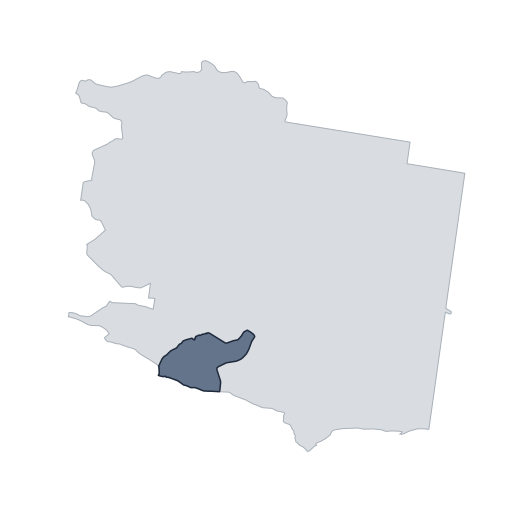 Gedarif highlighted on a map of Sudan, rotated 98°
{"feature_id": "SDN-876", "entity_name": "Gedarif", "entity_type": "State", "adm_level": 1, "iso_a3": "SDN", "parent_name": "Sudan", "parent_adm1": "", "projection": "equal_earth", "projection_center": [34.825, 14.186], "detail": "fine", "context": "in_parent", "style": "filled", "palette": "slate", "viewbox_px": 512, "rotation_deg": 98, "n_neighbors": 0, "source": "natural_earth", "source_scale": "10m", "svg_char_len": 5717}
<svg xmlns="http://www.w3.org/2000/svg" viewBox="0 0 512 512"><g transform="rotate(98 256 256)"><path d="M342.4,433.3L338.2,433.3L337.7,431.9L337.8,428.3L338.3,425.6L339.8,421.2L339.4,418.8L339.7,415.4L338.6,411.6L328.6,400.5L326.6,397.4L321.2,394.6L322.2,391.5L320.0,368.8L321.1,366.1L321.4,362.2L321.4,358.7L322.7,352.9L322.9,350.4L312.2,350.2L312.1,352.8L312.6,355.5L312.5,356.6L297.7,356.7L303.6,365.6L303.9,369.5L303.5,374.4L303.6,377.5L303.9,379.6L305.5,383.6L305.4,384.3L305.0,385.2L294.5,397.1L292.7,402.6L291.3,405.5L288.2,410.4L278.5,423.1L277.0,424.0L269.6,424.4L268.9,424.7L268.3,425.3L268.0,425.2L261.8,417.7L251.3,408.7L244.3,413.4L242.3,415.1L242.3,419.4L241.2,421.6L239.3,424.0L234.2,425.6L231.5,426.9L228.2,429.3L225.1,433.4L224.8,435.5L225.2,437.4L207.4,437.3L206.2,435.8L203.7,429.1L201.8,429.5L185.6,428.7L183.3,429.4L178.6,432.2L176.3,432.6L173.9,431.4L165.4,418.1L163.6,416.5L161.7,413.4L159.9,412.0L159.3,411.0L159.1,409.6L159.2,406.6L158.6,404.8L157.3,404.4L145.8,407.5L144.1,407.1L141.7,407.7L140.9,408.2L139.9,410.0L139.7,413.6L139.4,415.4L138.5,417.4L135.2,421.9L134.4,423.9L134.5,428.8L134.3,431.3L133.8,432.5L132.3,434.4L131.8,435.5L131.2,441.8L129.3,445.7L128.9,447.0L128.8,449.8L128.5,450.6L123.3,452.8L121.3,454.2L120.1,456.4L119.8,457.3L117.6,456.5L114.7,456.0L109.3,455.3L107.2,454.3L106.2,452.8L106.5,448.9L106.0,448.1L105.1,447.4L104.6,445.7L104.7,443.8L107.6,439.3L108.2,436.9L109.1,425.8L108.9,422.4L106.8,416.2L101.7,405.4L100.5,403.3L94.1,394.4L93.3,393.1L91.8,389.4L93.6,381.2L93.8,378.9L93.4,376.6L91.8,374.9L90.3,374.7L88.4,372.5L87.2,371.5L86.1,369.6L85.4,366.9L86.1,357.2L85.7,355.9L84.0,355.6L83.7,354.9L83.8,353.1L83.0,347.6L82.0,343.0L82.6,340.5L81.3,337.1L78.7,335.7L73.5,336.8L71.8,336.6L70.7,336.0L70.0,334.7L69.6,333.2L70.0,331.0L71.6,326.9L73.5,323.6L77.3,320.5L78.3,318.9L78.9,317.1L79.0,315.0L78.8,312.8L78.4,310.9L77.4,308.2L76.4,305.1L76.4,303.0L77.0,301.5L78.0,299.7L81.7,296.2L85.6,293.2L86.2,292.2L86.0,291.0L84.3,288.5L83.9,283.9L83.0,280.6L84.9,278.1L86.4,277.2L88.6,276.5L89.5,275.5L89.8,273.5L89.8,271.6L90.6,270.2L91.7,267.2L92.6,265.9L95.6,262.4L96.2,260.1L96.5,257.9L95.8,251.3L97.5,248.5L99.7,246.3L102.8,246.4L107.5,245.9L110.8,245.0L113.1,245.0L118.3,246.2L118.9,245.7L119.2,244.0L121.8,119.3L143.4,119.3L143.6,119.1L145.0,60.7L280.5,60.8L281.6,60.5L283.8,55.1L284.7,54.7L286.1,55.0L286.5,56.3L285.4,60.7L403.6,60.7L403.9,67.3L404.9,72.7L408.3,80.3L411.1,84.4L412.2,86.6L412.3,87.7L412.2,88.7L411.3,87.6L409.8,86.8L409.6,90.4L410.4,97.7L411.6,102.8L410.7,107.6L410.9,115.6L412.5,125.3L412.2,131.4L414.8,145.9L417.2,153.9L418.5,155.9L420.0,156.9L422.9,157.6L427.1,161.7L430.5,166.0L431.7,168.3L433.4,170.7L434.5,170.3L435.1,169.6L436.2,171.6L441.6,176.0L442.4,178.0L440.5,179.9L438.3,183.3L437.3,186.5L436.7,187.5L434.9,189.4L434.6,190.4L433.9,191.0L433.0,191.0L431.2,192.1L429.6,191.8L428.0,192.4L427.4,193.1L426.0,193.8L424.3,194.1L421.5,196.8L419.1,198.1L418.3,199.2L417.1,204.5L416.1,205.9L412.6,206.0L410.8,206.5L408.4,205.9L407.3,206.0L407.0,207.1L406.6,211.7L406.6,213.6L404.7,218.9L405.3,228.6L403.3,235.9L403.1,237.6L401.1,243.4L400.1,245.6L397.7,256.4L396.7,259.7L394.6,263.3L396.8,289.4L395.1,297.4L395.1,301.8L393.9,308.2L392.9,311.2L391.3,314.8L390.0,318.8L388.8,324.2L388.1,334.2L387.7,335.2L381.3,336.4L379.3,337.1L377.9,338.2L376.3,340.8L373.0,347.9L371.3,352.3L368.6,358.2L365.5,362.4L364.8,364.5L364.3,368.3L363.2,374.4L362.1,378.7L362.3,382.1L361.3,388.1L361.5,391.0L360.4,392.7L358.9,394.2L357.9,394.6L353.4,390.6L350.3,393.4L348.3,397.2L346.8,401.2L347.7,409.5L347.6,411.3L347.2,413.3L344.2,421.5L343.3,425.2L342.4,431.7L342.4,433.3Z" fill="#d9dde1" stroke="#a8b0b8" stroke-width="1"/><path d="M395.0,303.7L394.1,306.7L394.0,307.3L393.9,309.0L393.7,309.9L390.4,316.1L388.3,326.0L388.3,326.6L388.5,327.0L388.6,327.3L388.6,327.5L388.4,328.0L388.1,328.4L387.8,328.9L387.8,329.6L388.3,330.8L388.4,331.2L388.4,332.0L388.0,335.3L387.8,335.9L387.5,336.1L386.9,335.9L386.7,335.7L386.4,335.5L386.1,335.4L385.9,335.4L379.2,336.7L378.6,337.0L371.2,334.8L369.0,333.6L368.2,332.9L367.5,332.1L366.9,331.3L366.6,330.9L361.8,327.3L361.6,327.0L360.9,325.9L359.8,324.5L359.0,323.1L358.6,322.6L357.7,321.7L357.2,321.3L356.8,321.1L356.5,321.0L354.4,319.8L354.1,319.6L354.0,319.4L353.8,319.2L353.2,318.1L352.9,317.8L352.7,317.6L351.6,317.1L350.7,316.6L350.2,316.2L348.5,313.2L347.2,310.0L346.6,308.8L346.5,308.5L346.4,308.2L346.4,307.9L346.5,307.6L346.6,307.3L346.9,306.9L347.1,306.8L347.3,306.6L347.5,306.4L347.6,306.1L347.6,305.8L347.6,305.5L347.6,305.3L347.5,305.1L347.4,305.0L347.1,305.0L346.9,305.1L346.7,305.1L346.4,305.0L346.3,304.7L346.1,304.6L345.6,304.9L345.3,304.9L345.1,304.8L344.7,304.4L344.4,304.2L344.2,304.4L343.9,304.2L343.1,302.5L342.9,302.4L342.7,302.3L342.6,302.1L342.5,301.8L342.4,301.5L342.2,301.0L342.2,300.8L342.2,300.7L342.4,300.6L342.5,300.5L342.5,300.3L342.4,300.1L342.2,299.8L341.3,298.7L341.0,298.4L340.9,298.1L340.9,297.9L340.8,297.3L340.8,297.2L340.5,296.7L340.4,296.3L339.6,294.8L339.5,294.6L339.2,294.1L339.1,293.9L339.2,293.7L339.4,293.7L339.2,293.4L339.1,293.2L338.9,293.0L338.8,292.7L338.7,292.2L339.2,290.6L346.4,274.3L346.3,273.2L346.2,272.6L343.0,266.6L341.5,262.3L341.4,262.2L337.7,259.6L333.4,257.7L332.7,257.2L330.7,254.3L331.8,251.4L333.7,247.9L334.8,246.7L335.7,246.2L336.3,246.1L341.3,248.4L348.9,250.0L352.0,251.0L354.7,252.2L358.2,254.7L359.4,255.7L360.4,256.8L361.2,258.0L362.4,260.0L362.9,260.9L365.9,270.5L370.9,277.9L372.0,278.9L373.0,279.1L374.3,278.8L384.6,273.8L386.4,273.4L394.1,273.1L395.4,273.3L395.7,276.2L396.0,280.0L396.4,283.7L396.9,289.2L394.9,297.3L394.8,297.9L394.8,298.7L394.9,299.4L395.3,300.9L395.4,302.4L395.0,303.7Z" fill="#64748b" stroke="#1e293b" stroke-width="1.5"/></g></svg>